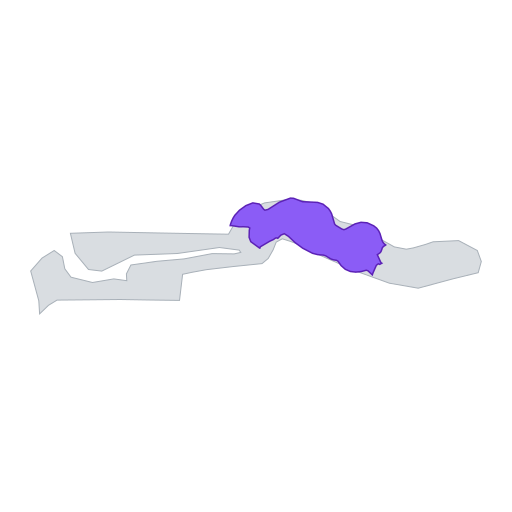 where Central River sits in Gambia
{"feature_id": "GMB-2151", "entity_name": "Central River", "entity_type": "Division", "adm_level": 1, "iso_a3": "GMB", "parent_name": "Gambia", "parent_adm1": "", "projection": "albers", "projection_center": [-14.922, 13.572], "detail": "fine", "context": "in_parent", "style": "filled", "palette": "violet", "viewbox_px": 512, "rotation_deg": 0, "n_neighbors": 0, "source": "natural_earth", "source_scale": "10m", "svg_char_len": 2218}
<svg xmlns="http://www.w3.org/2000/svg" viewBox="0 0 512 512"><path d="M70.4,233.3L108.5,232.0L154.6,232.9L204.8,233.8L228.5,234.2L241.0,212.4L264.6,202.9L288.8,199.4L301.3,200.3L314.6,203.5L340.1,221.5L356.0,225.5L369.4,229.6L379.0,238.3L394.3,246.9L406.3,249.2L413.4,247.9L425.3,244.5L433.1,241.8L458.6,240.6L477.3,250.5L481.3,261.5L478.2,272.7L453.1,278.8L418.2,288.2L389.4,283.2L354.3,270.5L333.8,261.3L325.3,257.6L312.5,251.8L301.3,245.5L290.5,241.4L282.3,238.8L276.2,242.1L273.1,249.9L268.2,258.5L262.0,263.6L232.6,266.6L206.2,269.7L192.0,272.3L182.6,274.3L179.5,300.4L149.6,300.0L120.2,299.5L89.8,299.8L57.0,300.1L48.5,305.3L39.6,313.9L38.8,300.8L30.7,271.0L42.0,258.1L54.2,250.5L62.4,256.7L64.8,268.8L71.0,277.2L92.5,282.5L113.8,278.9L126.8,280.7L126.4,273.9L130.9,265.0L156.8,261.3L184.1,258.9L212.2,253.6L234.2,253.9L240.8,252.4L239.2,250.1L219.4,247.5L177.3,253.5L134.4,255.1L101.8,271.1L88.5,269.5L75.1,253.3L70.4,233.3Z" fill="#d9dde1" stroke="#a8b0b8" stroke-width="1"/><path d="M290.4,198.1L293.6,198.3L302.5,201.7L317.6,202.4L323.1,204.2L326.0,206.6L328.4,208.5L330.3,211.2L331.7,214.0L334.6,224.0L335.6,225.2L341.8,229.0L343.9,229.7L345.7,229.1L355.0,223.9L361.0,222.3L367.2,222.8L373.7,225.8L376.6,228.1L378.6,230.7L380.0,233.6L382.0,240.3L383.0,242.4L384.5,244.1L385.8,244.9L385.8,245.0L383.5,246.4L382.9,247.1L382.2,248.0L381.9,249.2L381.1,251.3L380.5,252.3L379.9,252.9L377.3,254.7L380.9,262.6L381.8,263.2L379.7,264.4L379.1,264.1L378.4,263.8L377.3,264.5L376.3,265.4L373.0,272.9L372.3,274.9L368.0,270.8L366.3,270.2L361.4,271.5L355.8,272.1L350.4,271.5L345.3,269.3L341.1,265.6L338.1,261.3L336.5,260.3L333.4,259.8L330.7,258.9L325.6,255.8L323.4,255.1L317.6,254.6L312.5,253.3L302.7,248.2L295.2,242.7L288.5,236.4L284.3,233.7L280.9,235.1L277.8,238.3L277.7,238.3L277.4,238.0L276.5,237.9L275.4,238.1L273.5,239.5L269.8,241.2L260.3,246.8L259.9,248.1L259.6,248.1L250.8,241.7L249.1,237.3L249.3,230.2L249.8,228.0L248.1,227.0L242.9,226.7L241.7,226.8L239.1,226.8L232.3,225.7L230.2,225.6L230.4,224.6L231.6,221.2L233.2,217.9L234.8,215.3L239.5,210.2L245.9,205.6L252.8,202.9L259.3,204.0L260.7,205.3L263.6,209.2L264.9,210.2L268.1,209.4L279.4,202.2L290.4,198.1Z" fill="#8b5cf6" stroke="#5b21b6" stroke-width="1.5"/></svg>